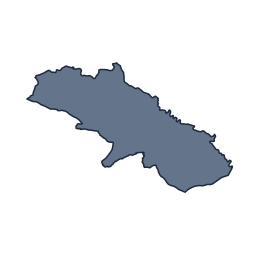 District #3, Grand Bassa, Liberia (orthographic projection), rotated 64°
{"feature_id": "62588387B53220692513074", "entity_name": "District #3", "entity_type": "district", "adm_level": 2, "iso_a3": "LBR", "parent_name": "Liberia", "parent_adm1": "Grand Bassa", "projection": "orthographic", "projection_center": [-9.497, 6.317], "detail": "fine", "context": "isolated", "style": "filled", "palette": "slate", "viewbox_px": 256, "rotation_deg": 64, "n_neighbors": 0, "source": "geoboundaries", "source_scale": "gbopen_adm2", "svg_char_len": 5810}
<svg xmlns="http://www.w3.org/2000/svg" viewBox="0 0 256 256"><g transform="rotate(64 128 128)"><path d="M171.9,53.6L172.5,54.3L172.8,55.2L172.3,56.2L172.0,57.3L170.6,57.6L170.0,57.8L169.9,57.8L168.6,58.4L168.2,58.7L166.9,60.1L165.1,60.7L164.1,61.2L163.4,61.9L163.2,62.6L163.3,63.7L163.2,64.1L163.2,64.5L160.6,67.6L159.5,68.5L158.2,69.7L157.0,69.9L156.4,69.3L156.0,67.7L155.3,67.5L152.5,70.7L150.4,72.8L150.3,74.0L149.8,74.6L148.7,76.1L148.2,77.4L146.9,78.7L146.3,78.9L144.9,78.0L144.1,77.6L143.4,77.8L143.3,79.0L143.7,79.8L144.0,80.8L143.8,81.2L143.4,81.5L142.8,81.5L142.5,81.1L141.9,80.8L141.1,79.9L139.9,80.1L139.3,80.6L139.2,81.9L139.3,82.9L138.3,83.0L138.0,82.9L137.2,81.9L136.7,81.9L136.5,82.1L136.6,83.4L136.5,84.4L136.1,84.7L135.4,84.9L134.7,84.8L133.7,84.1L133.2,83.4L132.5,82.9L132.2,82.6L131.5,82.5L130.7,82.5L130.1,82.9L130.0,83.2L130.5,84.0L130.8,84.0L131.2,84.4L131.2,84.6L131.3,84.7L131.1,85.7L131.6,86.5L131.4,87.1L131.1,87.4L130.7,87.3L129.9,86.9L128.8,87.0L128.1,87.4L127.4,88.6L126.5,89.7L126.4,91.2L126.0,91.5L125.9,91.6L123.7,90.5L122.7,90.8L121.4,91.4L120.8,91.5L120.6,91.3L120.4,91.0L119.4,90.0L118.4,90.0L118.0,90.1L117.6,89.9L116.4,88.6L115.5,88.7L115.0,88.3L114.9,88.0L114.7,87.9L111.5,89.3L111.4,89.8L111.6,90.8L111.4,91.4L111.7,92.4L111.2,93.1L109.6,93.7L107.7,94.1L106.3,94.8L104.2,96.9L103.5,97.7L102.2,98.7L100.6,99.2L99.1,100.0L96.7,101.1L96.0,102.3L96.1,103.6L95.3,104.4L92.8,105.9L91.5,106.8L91.3,107.0L90.6,108.3L90.1,108.4L87.6,109.5L85.7,110.6L84.6,111.0L82.7,110.3L80.5,109.2L76.2,107.7L75.1,107.8L74.1,108.2L72.3,108.1L70.5,108.0L68.7,107.6L67.6,108.3L66.6,109.0L64.6,109.6L64.5,111.0L63.6,113.4L64.5,114.0L65.9,113.7L67.2,113.5L67.9,114.6L68.5,115.3L69.2,116.7L68.9,118.1L68.3,119.4L66.6,121.1L65.1,123.6L63.4,127.0L63.1,128.6L64.2,129.3L65.3,129.8L66.0,131.0L66.8,131.8L66.9,132.8L68.1,134.7L68.9,135.7L68.7,136.9L67.9,137.5L66.9,137.6L65.4,138.5L64.2,139.5L63.7,140.7L63.3,142.0L62.2,143.5L61.4,144.3L61.3,145.3L61.0,146.2L60.5,146.6L59.0,146.9L57.8,146.5L56.2,144.8L55.4,144.6L54.6,144.7L53.8,145.0L53.3,145.7L52.8,146.5L52.6,147.8L51.4,150.6L50.9,151.3L50.5,151.3L49.9,150.3L49.5,150.5L49.0,151.0L49.1,151.8L48.8,152.7L48.1,153.4L46.8,154.9L45.6,155.9L45.1,157.1L45.3,159.0L45.4,161.1L46.0,162.1L46.5,163.4L46.1,164.8L44.9,165.9L44.5,166.7L46.0,168.0L46.4,168.8L44.9,171.0L44.4,172.2L42.8,172.9L41.5,173.7L41.3,176.0L41.7,179.1L41.5,182.0L41.5,183.7L40.7,187.6L41.3,188.2L42.2,188.8L42.1,189.2L43.9,188.7L46.5,188.6L48.4,188.9L49.4,190.3L49.7,192.8L51.4,194.3L54.7,197.7L56.6,198.9L56.4,201.4L57.1,202.3L57.5,205.5L57.7,206.0L61.8,202.6L63.1,200.9L64.2,198.9L65.8,197.7L67.3,196.8L69.1,195.8L70.5,194.5L71.9,193.1L77.1,189.3L77.5,188.5L78.0,187.1L79.5,184.8L80.4,183.6L80.6,183.7L81.4,183.6L82.2,182.4L83.3,179.4L84.6,178.0L85.4,176.9L87.5,175.5L89.2,174.9L92.9,172.7L94.3,171.7L96.1,170.1L97.7,169.2L99.6,168.3L101.6,167.9L103.1,167.4L103.9,167.2L104.0,167.7L103.8,168.7L102.3,170.9L102.4,171.9L103.1,172.6L103.6,174.0L104.7,174.3L105.3,174.7L106.0,174.4L106.2,173.9L106.2,173.7L106.6,173.4L107.1,172.8L107.3,171.9L107.5,171.4L107.8,171.2L108.4,171.3L108.6,171.1L108.8,170.0L109.3,169.2L109.6,167.9L110.6,166.4L111.8,165.2L112.6,164.1L113.5,163.0L113.9,161.5L114.7,161.0L117.5,156.7L118.0,156.2L118.9,156.6L121.4,156.0L122.1,156.3L122.2,156.2L125.9,154.4L126.7,154.0L127.6,153.0L128.7,152.9L130.2,152.6L131.5,152.0L132.8,150.4L134.4,147.8L135.5,148.1L137.4,149.4L139.9,151.3L141.4,153.1L144.1,158.2L145.5,161.3L146.4,165.8L146.6,165.8L147.2,166.5L147.8,166.8L148.7,166.6L149.1,166.7L149.7,166.6L149.9,166.9L150.2,167.0L150.9,166.4L151.3,166.5L152.7,166.0L153.3,165.1L153.2,163.6L154.0,163.1L154.5,162.6L154.5,162.2L154.9,160.8L154.6,160.0L154.7,159.9L153.9,158.1L153.9,157.3L153.5,157.0L153.0,155.9L152.9,155.1L152.6,154.1L152.8,152.7L152.5,152.1L152.5,151.5L152.3,149.9L152.5,149.2L152.2,148.5L152.3,147.7L152.5,147.5L152.8,147.3L153.2,146.6L153.0,145.4L152.8,144.3L153.0,142.4L152.9,141.4L153.1,140.6L152.9,140.3L153.1,139.8L152.9,139.2L152.9,138.0L153.6,136.7L154.0,136.4L154.3,136.3L154.5,135.1L154.4,134.6L154.8,132.3L154.1,131.9L154.2,131.5L154.6,131.2L154.1,130.7L154.4,130.0L154.7,129.6L155.0,128.8L155.0,128.5L156.2,125.9L156.6,125.5L156.8,124.6L157.2,124.5L157.2,125.5L157.8,126.0L158.8,125.3L159.0,125.3L159.5,125.5L159.8,125.5L159.7,126.0L160.2,126.1L160.5,126.0L161.5,127.4L161.5,128.2L161.9,128.5L162.4,128.4L164.0,129.3L164.3,129.8L164.7,130.2L165.4,130.0L166.4,130.1L166.6,129.8L167.7,129.9L168.2,130.1L169.4,130.5L169.7,130.2L170.5,130.5L172.0,127.2L172.7,126.7L173.2,126.0L173.3,125.2L172.9,123.4L172.8,122.0L173.3,119.9L173.6,119.4L174.2,119.2L175.1,119.5L176.0,119.6L178.7,119.3L180.0,119.7L181.1,119.7L181.1,119.9L181.3,119.9L182.9,120.0L184.5,119.9L186.3,119.4L187.2,118.6L188.9,117.8L191.0,117.3L193.9,117.0L194.9,116.7L195.5,116.6L196.3,116.3L198.0,115.1L200.3,112.5L201.6,111.5L203.2,110.5L205.2,109.6L206.5,108.5L210.7,104.8L210.3,103.6L210.2,102.9L209.7,101.4L209.4,97.4L209.5,94.5L210.0,92.1L211.1,88.8L212.7,86.3L213.6,81.1L214.9,78.9L215.3,76.3L213.5,65.5L214.4,58.7L210.1,52.6L209.8,52.8L209.5,52.6L209.2,52.1L209.2,51.7L208.9,51.4L208.2,51.0L207.7,51.3L207.8,52.2L207.6,52.9L207.1,53.7L206.5,53.8L206.3,53.9L206.1,53.9L205.8,54.0L205.3,53.4L204.3,51.8L203.8,50.6L203.1,50.0L202.4,50.0L202.0,50.4L202.0,50.6L201.5,51.0L202.1,52.3L202.1,53.1L201.8,53.4L201.0,53.4L200.2,53.2L199.4,53.4L198.3,54.1L197.5,54.3L197.1,54.3L196.5,53.9L195.8,53.9L194.8,53.5L194.2,53.6L193.7,54.3L193.6,55.4L192.4,55.3L191.5,55.5L190.8,56.8L190.0,56.9L188.0,56.3L187.0,56.7L186.3,57.7L185.5,58.4L182.0,58.9L181.2,59.3L179.5,59.3L179.3,59.3L178.0,60.3L176.3,60.7L176.0,60.2L176.1,59.5L177.6,57.2L177.6,56.3L177.4,56.3L177.3,56.1L176.7,55.9L175.4,55.0L173.8,52.9L172.7,52.8L171.8,53.1L171.9,53.6Z" fill="#64748b" stroke="#1e293b" stroke-width="1.5"/></g></svg>